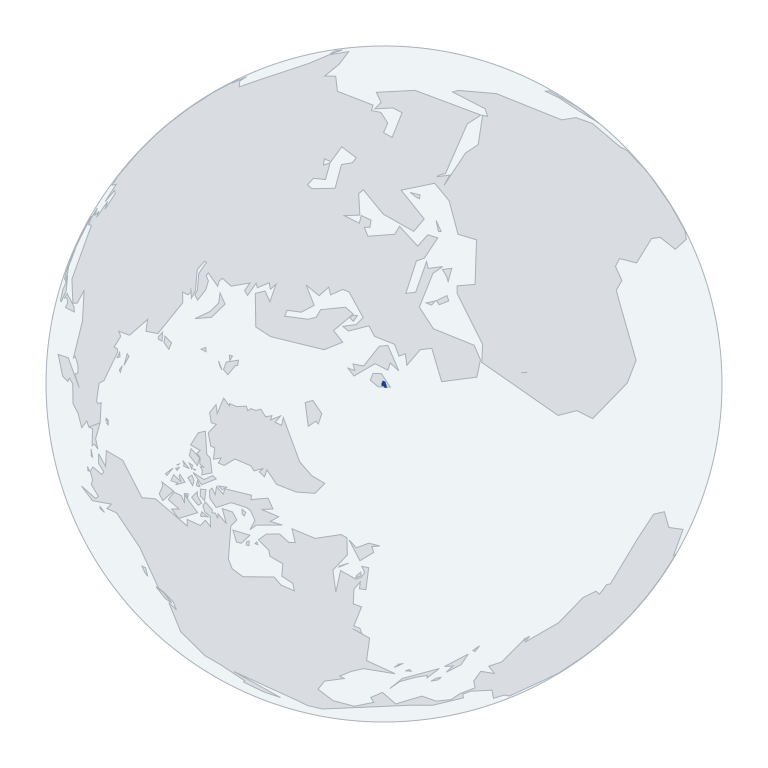 globe centered on Clare, rotated 266°
{"feature_id": "IRL-76", "entity_name": "Clare", "entity_type": "County", "adm_level": 1, "iso_a3": "IRL", "parent_name": "Ireland", "parent_adm1": "", "projection": "orthographic", "projection_center": [-8.993, 52.861], "detail": "fine", "context": "on_globe", "style": "filled", "palette": "blue", "viewbox_px": 768, "rotation_deg": 266, "n_neighbors": 0, "source": "natural_earth", "source_scale": "10m", "svg_char_len": 11380}
<svg xmlns="http://www.w3.org/2000/svg" viewBox="0 0 768 768"><g transform="rotate(266 384 384)"><circle cx="384" cy="384" r="338" fill="#eef3f6" stroke="#a8b0b8"/><path d="M105.8,575.9L105.4,575.2L98.0,563.7L83.0,537.4L64.0,487.4L65.3,482.1L62.8,471.3L71.1,470.4L71.5,449.2L69.2,440.9L65.4,441.4L60.1,410.0L61.7,389.4L64.1,299.9L68.4,285.7L74.8,274.6L107.6,214.2L78.5,258.8L85.2,242.8L96.5,223.1L97.6,224.5L115.1,201.8L125.5,186.4L151.2,163.9L181.0,154.1L173.2,161.2L181.2,158.6L191.5,149.8L196.3,144.8L238.0,129.0L274.2,108.2L279.1,98.9L283.2,103.6L287.9,85.1L303.3,75.1L289.9,88.3L291.7,91.3L304.2,85.0L308.7,86.7L317.3,84.9L321.5,87.8L313.4,96.1L315.9,98.3L324.6,93.8L334.4,94.4L321.2,100.5L336.9,102.4L326.1,118.0L287.5,134.6L285.4,147.9L256.0,177.9L262.6,178.3L255.6,190.9L260.6,196.3L253.7,201.0L263.7,201.4L269.0,196.2L275.2,194.8L278.7,197.7L270.5,203.9L267.5,203.4L266.9,206.8L261.4,208.7L266.1,209.4L255.7,217.0L271.0,214.0L266.9,223.9L258.7,227.7L253.1,221.3L220.2,216.6L210.2,219.7L201.6,229.8L199.1,260.9L190.6,267.2L183.9,280.2L191.5,279.1L199.4,268.7L211.8,270.5L220.0,258.3L226.3,257.5L237.3,247.9L242.5,256.1L241.6,269.4L232.6,278.0L232.0,284.4L246.0,282.1L234.8,304.5L236.8,330.8L233.1,336.3L216.0,335.5L201.9,320.0L179.6,321.4L200.9,327.7L191.4,342.2L192.8,347.9L197.3,351.6L203.6,349.1L201.8,355.9L180.1,351.6L181.4,345.3L188.2,346.5L181.5,339.7L166.8,338.0L163.2,346.1L144.8,337.0L142.0,342.9L136.4,344.6L142.1,335.6L131.4,351.9L109.3,347.3L94.2,374.9L101.5,343.7L99.6,331.4L95.7,319.5L93.0,323.8L91.7,303.9L84.1,296.9L71.7,311.0L64.6,331.9L67.1,351.6L72.2,349.0L76.5,360.9L64.0,373.4L70.0,400.1L64.0,413.9L64.5,428.9L69.8,438.2L74.6,453.8L81.3,452.7L90.6,460.5L87.5,473.8L95.2,468.9L98.6,482.2L119.2,505.8L116.8,507.0L133.6,541.5L157.1,567.7L162.5,581.1L159.2,584.3L168.5,592.3L168.7,595.9L210.2,624.9L235.3,643.9L237.0,654.8L221.0,658.1L218.1,672.2L192.5,660.7L193.8,663.2L192.4,662.3L172.6,647.6L154.0,631.6L136.6,614.2L120.5,595.6L105.8,575.9ZM89.0,382.0L96.3,419.3L87.8,406.5L90.2,407.0L89.3,395.7L86.1,379.0L79.8,368.5L89.0,382.0ZM102.2,379.7L100.6,374.3L102.8,378.6L102.2,379.7ZM197.8,142.4L191.2,149.6L180.3,157.1L185.2,150.9L197.8,142.4ZM219.2,129.8L217.4,133.3L208.6,134.9L212.4,132.4L219.2,129.8ZM281.5,92.3L275.4,96.2L279.8,91.9L281.5,92.3ZM317.7,84.2L318.0,82.7L322.4,82.5L317.7,84.2ZM233.8,244.2L235.4,246.1L232.5,246.9L233.8,244.2ZM236.9,238.5L232.2,238.1L233.0,235.4L235.9,235.6L236.9,238.5ZM332.8,86.9L339.7,87.3L331.3,88.2L332.8,86.9ZM242.5,239.7L235.1,230.6L236.6,225.8L248.8,223.1L242.5,239.7ZM342.8,88.5L359.5,90.1L361.7,86.6L365.0,98.1L349.7,92.5L339.0,94.0L344.2,91.1L342.8,88.5ZM269.2,193.3L263.7,199.0L265.1,191.7L269.2,193.3ZM268.6,189.1L264.2,169.8L274.1,163.3L273.6,170.8L283.8,160.7L290.8,167.0L286.8,174.0L279.0,176.8L287.6,177.1L268.6,189.1ZM364.2,104.5L367.1,106.3L362.5,106.0L364.2,104.5ZM277.8,193.7L276.0,190.2L284.4,184.2L289.5,190.2L285.2,190.2L277.8,193.7ZM283.1,155.2L290.2,152.1L297.9,156.3L301.7,155.7L291.9,166.6L283.1,155.2ZM285.0,193.0L291.9,193.5L291.1,199.1L280.1,196.8L285.0,193.0ZM284.5,180.3L288.7,177.8L288.0,181.1L284.5,180.3ZM292.0,219.8L289.7,215.3L293.8,211.8L292.0,219.8ZM294.5,193.3L294.8,191.4L296.2,189.7L300.5,191.2L294.5,193.3ZM297.9,169.0L299.6,171.5L302.4,164.7L308.2,167.8L300.5,174.7L306.3,173.1L308.1,174.1L299.9,178.6L297.9,169.0ZM309.0,187.4L301.2,197.8L304.6,206.7L301.0,210.0L296.2,195.1L309.0,187.4ZM304.3,181.8L306.4,186.0L300.8,187.8L296.0,186.0L304.3,181.8ZM314.9,167.7L307.9,161.0L309.8,159.8L314.9,167.7ZM311.1,189.6L312.9,187.1L311.9,190.0L311.1,189.6ZM315.0,173.9L312.2,171.6L314.5,170.3L315.0,173.9ZM318.8,184.1L316.3,187.4L312.9,186.2L318.8,184.1ZM317.9,179.1L321.7,177.9L313.2,183.8L316.3,178.3L317.9,179.1ZM317.5,173.0L318.0,171.5L318.4,174.1L317.5,173.0ZM333.0,187.0L323.1,194.9L315.7,192.1L326.3,184.8L333.0,187.0ZM647.7,172.7L657.1,185.0L659.7,188.6L660.0,189.1L662.4,192.9L672.5,208.4L673.1,209.1L686.9,234.3L698.5,260.5L694.5,252.9L700.2,268.6L696.4,261.3L690.5,260.2L696.7,283.2L709.0,331.2L716.3,352.6L718.0,371.9L706.1,361.5L695.4,346.3L694.4,357.3L679.3,357.9L662.9,392.6L657.6,390.4L655.2,399.8L644.0,405.9L634.8,401.1L629.4,409.3L653.4,421.0L658.8,412.2L659.1,393.9L665.1,400.8L675.5,396.7L674.8,435.3L645.5,499.5L637.7,485.2L589.7,460.1L588.4,453.0L588.0,452.4L587.1,451.5L587.8,464.1L577.9,457.7L608.8,481.5L616.2,494.7L645.2,501.1L643.7,505.9L651.5,504.2L670.5,472.8L671.7,478.5L665.8,516.4L635.1,579.6L636.3,594.1L629.3,610.1L604.0,636.1L600.0,642.9L586.0,654.1L581.0,658.5L571.4,665.2L542.9,682.2L512.8,696.4L515.5,695.0L507.3,695.7L498.1,684.0L511.1,669.7L510.4,661.0L487.2,644.4L492.7,627.7L485.2,623.1L470.6,628.5L461.4,622.3L452.0,624.0L390.0,637.1L368.1,626.8L334.9,589.7L344.0,574.6L340.5,555.5L398.7,483.1L416.8,485.1L469.2,463.3L476.8,463.8L477.0,481.8L521.4,486.4L528.2,468.3L562.2,461.8L580.7,448.6L576.2,414.6L545.8,435.6L534.2,424.3L553.6,395.0L579.3,376.9L575.6,372.0L554.2,371.7L554.7,356.2L546.1,370.6L553.6,373.1L548.4,382.5L541.3,380.9L541.7,375.3L532.5,378.2L532.6,405.1L540.2,410.5L519.2,427.2L529.8,438.2L526.0,447.8L506.7,433.0L504.5,424.9L472.9,412.1L473.3,422.0L503.1,435.0L496.2,436.1L497.0,450.7L490.9,440.5L458.2,424.6L435.7,437.1L416.3,476.7L401.3,481.9L384.4,477.1L382.3,441.7L416.2,434.2L415.8,422.6L401.1,408.1L412.7,407.4L410.8,400.9L422.9,397.3L432.1,378.0L443.1,373.0L439.3,352.2L444.4,347.0L445.2,360.6L451.7,367.8L478.3,355.6L481.2,349.3L476.6,337.0L484.5,335.6L476.6,325.4L488.2,313.2L467.4,319.8L461.4,306.6L464.3,292.5L458.6,289.6L453.9,312.7L455.3,321.0L462.6,326.0L463.3,350.9L455.8,358.2L440.9,337.4L428.6,345.7L422.4,326.7L439.1,274.4L449.8,260.1L483.3,261.9L485.1,271.8L474.0,275.9L491.1,283.3L486.5,277.3L493.0,276.5L488.9,264.5L493.4,263.4L481.9,254.1L486.9,251.4L494.1,257.3L492.3,238.3L500.7,230.3L498.2,226.6L493.1,224.9L507.1,216.5L504.6,214.2L499.0,216.0L490.4,212.7L480.7,203.9L486.1,201.5L490.4,204.3L507.3,207.0L517.8,215.4L519.0,213.6L511.2,205.7L490.5,202.4L483.1,197.9L492.8,198.0L488.7,197.6L486.7,194.6L489.8,189.5L479.1,188.9L450.1,161.9L453.2,150.2L465.0,152.8L450.4,133.5L455.1,123.2L449.9,124.7L439.5,117.3L437.9,120.4L434.6,120.6L407.0,104.9L404.7,99.8L387.1,96.1L384.4,97.0L385.1,100.5L365.0,98.1L361.7,86.6L367.8,84.9L361.5,79.4L376.5,76.7L386.0,72.4L406.0,73.5L411.8,70.5L408.6,68.8L414.1,64.0L436.2,61.1L432.2,70.8L401.7,79.6L415.4,76.3L416.4,79.5L423.9,80.0L433.2,77.9L431.7,76.0L467.8,87.6L498.4,91.4L486.1,83.6L486.3,79.3L510.4,80.0L562.7,103.2L563.5,100.4L568.7,102.7L579.5,110.3L572.2,106.9L576.2,111.6L570.4,109.0L585.3,121.0L577.7,117.8L593.0,129.3L595.7,128.6L585.4,118.6L601.9,130.8L601.3,126.7L609.8,132.8L632.8,155.3L647.7,172.7ZM385.6,521.5L385.7,527.8L385.6,521.5ZM611.6,372.1L623.6,358.4L609.4,346.4L612.9,340.3L606.7,338.8L608.3,345.6L592.1,339.9L594.1,328.0L588.1,321.5L583.8,325.9L582.7,348.9L605.9,356.9L606.9,367.8L611.6,372.1ZM120.0,506.3L122.1,511.7L118.4,508.0L120.0,506.3ZM84.3,410.1L86.9,415.8L87.5,420.7L85.1,417.2L84.3,410.1ZM112.0,454.1L116.1,461.0L110.8,456.2L112.0,454.1ZM98.0,424.7L108.6,449.1L98.5,441.2L92.2,426.0L97.9,433.2L98.0,424.7ZM96.3,385.3L97.4,389.7L95.6,391.2L96.3,385.3ZM103.8,382.9L103.0,381.8L103.4,378.0L103.8,382.9ZM192.7,342.4L194.4,343.0L198.0,347.8L194.3,347.7L192.7,342.4ZM226.3,357.8L222.7,368.5L222.7,360.5L216.7,362.0L209.4,347.7L230.9,338.3L222.5,344.9L226.3,357.8ZM205.5,326.8L207.8,336.4L204.5,326.3L205.5,326.8ZM388.8,370.6L395.4,373.8L394.5,382.1L380.4,390.1L381.6,378.0L388.8,370.6ZM404.9,376.5L394.1,354.6L402.3,349.2L399.5,355.8L406.1,354.5L403.4,364.9L421.9,381.9L422.3,390.5L396.1,399.7L404.5,391.7L397.5,388.8L404.9,376.5ZM351.7,313.5L347.1,305.5L371.0,304.1L372.6,311.8L358.7,319.9L348.7,315.6L351.7,313.5ZM265.4,237.2L262.1,235.3L264.3,233.5L269.0,233.6L265.4,237.2ZM290.6,218.0L282.2,244.1L278.0,243.1L278.2,260.3L267.1,264.5L267.4,253.1L259.0,269.6L254.8,261.0L250.4,272.7L252.1,246.7L248.0,240.1L256.8,245.8L267.1,242.0L270.3,238.3L276.3,223.4L272.5,208.0L282.1,202.3L289.9,202.4L292.2,205.2L285.3,207.9L293.4,209.8L285.2,215.9L290.6,218.0ZM375.2,215.0L366.1,215.5L381.1,223.1L372.9,228.1L375.2,228.6L371.7,235.5L371.5,245.1L366.8,246.3L368.7,249.5L366.5,254.4L367.5,259.3L359.6,263.5L360.2,270.0L356.1,268.3L359.3,278.5L353.3,272.8L349.9,279.0L357.5,281.2L312.1,294.5L297.7,305.4L288.9,318.0L279.8,307.4L282.3,289.2L291.4,269.8L306.6,261.2L299.8,258.3L305.0,253.5L308.2,257.8L306.4,248.3L311.6,245.6L319.6,230.1L313.9,218.9L316.7,213.3L321.5,216.3L320.9,208.6L332.0,210.7L334.3,206.8L347.5,205.3L355.5,213.9L357.4,209.0L367.5,208.0L375.2,215.0ZM336.8,186.9L348.3,195.4L349.4,202.5L326.0,202.3L322.4,205.5L307.4,206.2L306.0,196.0L310.4,196.7L314.4,195.0L313.3,198.9L317.1,194.6L323.4,195.5L328.0,192.5L330.5,196.0L336.8,186.9ZM481.7,455.1L486.9,454.0L494.1,450.3L494.7,459.7L481.7,455.1ZM459.3,444.7L463.4,442.1L467.8,453.0L462.4,454.4L459.3,444.7ZM461.9,431.8L463.3,441.1L459.4,436.9L461.9,431.8ZM448.7,357.8L452.6,354.5L454.5,357.0L454.1,362.2L448.7,357.8ZM417.9,240.6L412.6,239.2L412.8,237.1L404.2,228.9L409.6,224.9L416.9,228.2L417.9,240.6ZM573.2,423.6L570.1,433.1L566.3,432.4L568.1,429.2L573.2,423.6ZM532.2,449.0L543.4,447.4L532.2,451.6L532.2,449.0ZM422.4,234.8L418.2,231.8L423.5,231.7L422.4,234.8ZM413.1,221.6L418.6,220.5L409.2,223.5L413.1,221.6ZM629.2,616.5L631.6,613.5L644.6,595.1L657.3,578.5L664.8,565.4L664.9,569.6L646.1,597.3L629.2,616.5ZM716.9,353.2L719.7,358.0L720.1,365.9L716.9,353.2ZM666.5,198.6L666.2,198.1L666.5,198.6ZM462.4,200.1L468.4,215.5L476.3,224.8L486.3,226.8L474.8,231.0L462.6,216.6L462.4,200.1ZM451.1,166.7L442.3,165.6L444.2,162.2L446.5,162.0L451.1,166.7ZM447.1,168.8L439.8,174.9L433.7,171.8L440.6,167.5L447.1,168.8ZM431.5,204.1L432.9,208.8L428.6,208.7L431.5,204.1ZM559.0,95.1L556.7,94.1L549.8,90.0L553.4,91.8L559.0,95.1ZM525.3,77.3L547.2,88.6L564.4,99.0L562.1,97.2L571.4,102.8L571.5,103.6L555.0,93.7L543.0,86.6L535.4,83.3L523.0,77.5L516.7,76.1L509.4,73.5L511.5,72.7L525.3,77.3ZM514.4,76.0L498.9,73.4L488.7,67.8L489.8,67.1L501.2,70.4L505.9,73.2L514.4,76.0ZM492.1,71.3L496.5,74.2L482.9,80.1L477.5,80.1L482.5,71.6L486.9,74.0L492.0,73.8L492.1,71.3ZM369.3,104.5L367.3,106.2L366.7,103.9L369.3,104.5ZM434.0,122.5L429.5,122.5L428.9,119.6L434.0,122.5ZM416.6,121.0L420.4,124.2L414.1,121.8L416.6,121.0ZM429.3,131.5L420.8,126.0L432.1,129.9L429.3,131.5Z" fill="#d9dde1" stroke="#a8b0b8" stroke-width="1"/><path d="M384.9,385.1L384.6,385.0L384.4,385.0L384.2,385.0L384.2,384.9L384.1,384.7L383.9,384.7L383.9,384.8L383.8,385.0L383.4,385.4L383.1,385.5L382.9,385.6L382.9,385.4L383.0,385.4L382.9,385.4L382.6,385.5L382.4,385.5L382.3,385.4L382.2,385.4L382.1,385.2L381.9,385.1L382.0,385.2L382.0,385.3L381.7,385.4L381.6,385.5L381.4,385.6L380.6,385.8L380.6,385.7L380.8,385.6L381.0,385.6L381.8,384.9L381.7,384.8L381.8,384.8L381.8,384.7L382.0,384.7L382.2,384.4L382.3,384.3L382.3,384.2L382.5,383.9L382.7,383.7L382.4,383.6L382.4,383.4L382.5,383.2L382.8,382.7L382.9,382.4L383.0,382.3L383.3,382.5L383.5,382.5L383.6,382.4L383.7,382.5L383.7,382.4L383.5,382.2L383.8,382.2L383.9,382.3L384.0,382.3L383.9,382.4L383.9,382.5L384.0,382.6L384.3,382.8L384.4,383.0L384.4,383.3L384.5,383.4L384.8,383.3L384.9,383.2L385.0,383.1L385.4,383.0L385.5,383.0L385.8,383.2L385.8,383.3L386.0,383.3L386.3,383.3L386.5,383.3L386.5,383.5L386.4,383.7L386.2,383.7L386.1,383.8L386.1,384.0L385.9,384.3L385.9,384.5L385.7,384.7L385.7,384.8L385.6,385.0L385.4,385.1L385.2,385.2L384.9,385.1L384.9,385.1Z" fill="#3b82f6" stroke="#1e3a8a" stroke-width="1.5"/></g></svg>